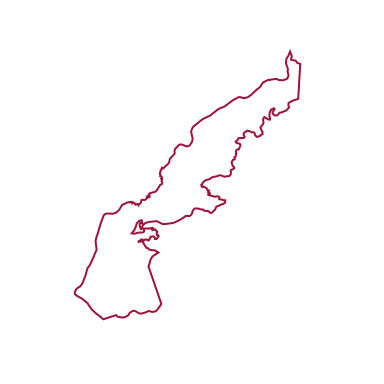 Anori, Amazonas, Brazil, rotated 161°
{"feature_id": "56859067B80375941692856", "entity_name": "Anori", "entity_type": "district", "adm_level": 2, "iso_a3": "BRA", "parent_name": "Brazil", "parent_adm1": "Amazonas", "projection": "albers", "projection_center": [-62.184, -4.211], "detail": "fine", "context": "isolated", "style": "outline", "palette": "rose", "viewbox_px": 384, "rotation_deg": 161, "n_neighbors": 0, "source": "geoboundaries", "source_scale": "gbopen_adm2", "svg_char_len": 6076}
<svg xmlns="http://www.w3.org/2000/svg" viewBox="0 0 384 384"><g transform="rotate(161 192 192)"><path d="M257.4,96.4L257.4,135.8L257.1,136.3L255.8,137.6L253.7,141.0L250.7,143.7L248.8,144.4L243.4,145.7L245.9,148.7L246.8,149.2L250.2,150.7L251.3,151.7L252.0,153.3L253.2,153.9L254.0,156.7L254.9,161.4L255.3,161.8L258.7,162.2L258.5,162.8L256.3,163.1L255.7,163.6L255.2,163.6L254.4,163.2L254.0,162.7L254.0,162.1L253.5,161.8L252.0,162.3L251.5,162.0L250.9,162.1L250.1,161.5L249.3,161.3L249.2,160.4L248.6,160.4L247.2,161.5L245.6,163.2L245.0,162.9L243.5,162.8L242.1,161.8L242.0,161.1L242.2,159.6L240.9,159.2L240.1,159.4L238.3,160.8L237.8,161.5L238.0,162.1L239.1,162.7L238.9,164.5L238.0,165.3L237.7,165.9L238.5,166.9L238.7,168.1L239.1,168.6L241.8,168.8L241.8,169.5L241.2,169.9L240.6,170.0L240.7,170.7L241.4,171.2L242.2,171.1L242.7,170.7L244.1,171.5L245.2,171.7L248.2,172.8L249.2,172.5L249.7,172.0L250.1,170.2L251.7,169.8L252.5,169.9L254.2,170.6L255.3,170.9L259.9,171.3L262.5,172.5L261.2,173.5L258.8,174.8L255.6,178.5L254.8,180.0L253.8,180.7L251.5,181.8L249.0,181.8L248.6,181.3L249.2,179.7L249.1,179.0L249.5,178.7L250.6,179.5L251.4,179.4L251.9,178.8L252.3,177.6L252.6,174.7L252.4,173.9L252.1,173.4L250.7,173.6L250.3,174.1L250.4,175.1L250.1,175.8L249.4,176.6L248.4,177.1L245.7,177.9L242.6,177.7L235.1,176.0L234.1,175.2L230.5,171.5L229.1,170.7L220.7,169.0L218.6,168.9L213.3,169.4L207.1,170.9L206.1,171.4L204.6,171.1L203.0,170.3L202.1,170.1L201.2,170.2L199.1,171.5L198.6,172.1L198.1,173.2L196.0,175.1L194.7,175.5L191.6,174.4L189.4,172.7L187.0,171.7L186.8,170.6L186.4,170.2L183.2,168.9L182.2,167.8L182.1,167.0L181.5,166.3L180.9,166.0L179.5,166.1L176.7,167.6L175.9,167.8L174.2,169.8L173.1,170.3L171.0,170.2L169.4,170.6L166.7,170.6L164.1,171.1L163.4,173.4L164.6,173.8L166.6,175.4L168.5,176.1L168.7,176.6L167.8,177.9L168.0,178.5L168.4,179.0L169.3,179.7L171.5,179.9L174.4,181.7L177.5,184.0L177.6,184.6L177.1,184.8L175.8,184.3L175.5,184.9L176.0,186.3L176.8,186.9L175.6,187.8L176.8,189.0L176.9,190.7L178.8,192.9L179.5,193.4L180.5,193.2L180.9,193.7L181.1,194.2L181.0,195.6L179.7,195.9L179.4,196.9L176.6,198.4L174.8,198.7L171.4,198.4L168.7,199.3L167.1,199.3L163.6,198.8L160.4,198.8L158.7,198.0L157.5,196.7L156.5,196.0L155.7,195.7L153.6,195.5L152.0,194.9L151.3,195.0L149.7,196.1L149.3,196.7L148.8,197.8L148.5,199.5L148.3,199.9L147.6,200.1L145.8,200.2L144.8,200.5L144.2,200.8L144.0,201.7L144.9,202.8L145.1,203.6L144.9,206.8L144.6,207.6L142.8,209.1L142.0,208.9L140.9,209.1L140.5,210.5L140.6,211.0L139.2,211.4L138.8,211.8L138.1,213.7L137.7,214.0L137.5,215.5L137.3,216.1L136.7,216.5L136.5,217.0L135.6,217.4L134.6,217.4L134.0,217.0L131.2,220.0L130.9,220.7L131.0,221.6L131.4,222.3L132.5,222.8L134.4,224.6L134.3,225.3L133.7,225.8L132.2,226.2L131.5,226.7L131.0,227.5L130.4,227.7L129.7,227.6L126.1,226.4L125.4,226.3L124.6,226.6L124.2,227.1L124.3,227.8L124.6,228.4L124.6,229.3L124.1,230.4L123.6,230.9L121.3,231.6L120.4,231.6L119.7,232.0L117.6,230.6L116.2,229.0L114.3,228.4L113.9,228.0L113.6,227.5L113.8,225.7L113.7,224.7L112.6,222.9L111.1,222.8L110.4,223.0L109.6,222.8L109.1,223.0L108.6,223.5L107.8,223.7L106.6,223.5L106.3,224.1L106.3,224.9L105.9,225.3L105.8,225.9L106.2,227.2L106.1,227.7L106.4,230.2L106.1,231.0L102.6,233.1L101.7,234.5L101.5,236.4L100.6,238.4L99.2,239.3L98.7,238.9L98.1,237.8L97.5,237.5L96.4,235.8L94.7,235.1L94.2,236.4L94.0,239.1L93.7,239.7L92.2,242.5L90.2,244.2L87.7,244.5L87.2,244.3L86.9,243.8L87.0,243.3L87.4,242.9L89.6,241.6L89.9,240.9L90.0,239.4L89.8,238.7L89.3,238.4L89.0,237.6L88.0,237.0L86.5,236.8L85.4,237.2L84.2,238.0L83.0,238.5L81.5,238.0L78.2,238.4L76.6,238.3L72.8,240.2L72.5,243.0L71.6,244.8L66.6,245.6L61.3,245.4L48.0,277.8L50.5,280.0L51.1,282.1L51.6,282.7L55.2,284.6L55.0,285.8L53.7,287.3L53.4,288.1L53.6,292.9L56.2,289.7L59.2,287.4L59.8,286.3L61.3,283.0L61.2,278.5L61.4,276.7L62.4,274.7L62.9,270.4L65.3,268.1L69.3,267.9L73.4,269.5L75.1,271.4L80.8,272.6L81.8,272.4L82.8,273.2L88.9,272.5L91.4,270.9L92.3,269.9L93.5,269.2L95.4,268.4L96.7,268.1L104.6,264.6L108.1,263.5L111.4,263.6L112.8,264.0L115.8,266.2L117.7,266.5L119.8,266.0L123.0,265.6L133.3,262.3L134.8,262.1L138.1,262.1L141.1,261.5L150.4,258.2L153.3,258.1L158.1,257.4L161.4,256.3L170.0,253.1L172.2,250.9L173.1,249.4L173.4,248.0L173.9,243.3L174.2,241.8L175.3,240.0L176.1,239.0L178.8,237.0L180.2,236.6L181.9,236.7L183.4,237.7L185.3,239.6L186.9,240.5L188.2,240.9L189.8,240.4L191.7,239.3L192.9,238.8L194.1,237.9L194.6,237.3L195.4,236.0L195.9,233.9L201.9,230.7L202.9,229.4L203.9,227.6L204.6,227.0L206.1,226.0L209.1,224.9L211.8,223.6L212.5,224.7L214.0,223.0L214.7,222.7L215.0,222.2L215.1,221.4L216.0,220.6L216.3,219.9L216.6,219.1L216.1,218.1L216.2,217.5L216.8,217.2L215.7,215.9L215.6,215.1L216.0,214.3L216.7,214.4L216.5,213.2L216.7,212.8L217.2,212.5L217.2,211.3L216.9,210.7L217.6,209.4L219.5,209.1L220.5,208.7L221.7,207.4L225.4,204.6L226.9,204.2L228.6,204.2L229.8,204.5L232.6,204.5L233.8,203.7L234.0,203.1L233.3,202.5L233.3,201.8L233.9,201.1L234.5,200.9L235.6,202.5L236.2,202.3L236.3,201.0L237.9,200.1L239.2,199.9L239.9,200.0L241.3,200.8L242.6,200.7L243.9,198.4L244.3,198.1L246.1,198.0L246.4,197.3L246.9,196.8L247.2,198.1L247.6,198.5L248.8,198.3L249.6,198.4L249.9,200.1L250.4,200.9L251.2,201.2L252.2,200.7L252.1,202.3L252.7,202.5L253.5,202.3L254.3,202.4L254.5,202.9L257.7,203.1L260.6,202.5L262.1,202.7L266.6,198.9L269.9,197.4L272.8,197.1L274.3,197.4L279.3,199.3L280.2,199.4L281.7,199.3L282.5,199.0L283.7,197.9L288.6,192.0L294.6,183.5L297.8,179.4L299.0,177.3L300.0,173.4L300.8,169.1L301.7,167.6L303.8,165.5L306.7,161.9L307.6,161.2L312.8,155.8L315.0,154.4L316.2,153.2L319.8,147.9L325.4,141.2L328.2,139.2L330.8,138.7L332.3,138.2L333.3,137.5L335.1,135.9L335.6,135.1L336.0,133.6L335.1,131.9L330.6,126.8L326.9,120.7L326.3,117.9L324.9,113.3L322.4,108.6L320.1,105.2L318.6,102.9L318.2,101.8L317.1,100.5L303.9,100.3L303.4,99.0L302.5,98.0L298.5,95.9L297.1,95.7L293.8,95.8L292.3,96.2L290.1,98.1L287.0,98.8L285.6,98.7L284.5,97.9L283.3,96.7L282.5,95.4L281.5,94.5L280.0,93.7L278.3,93.4L274.9,93.3L271.9,93.6L269.1,91.9L267.9,91.3L266.1,91.1L264.4,91.3L262.9,92.1L259.0,94.9L257.4,96.4Z" fill="none" stroke="#9f1239" stroke-width="2"/></g></svg>